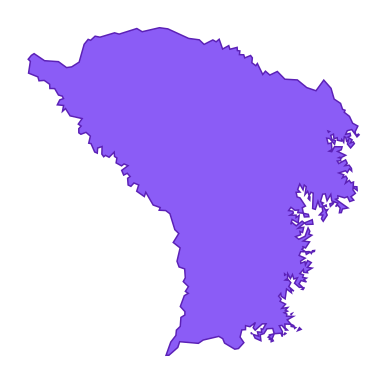 Maracaju, Mato Grosso do Sul, Brazil, rotated 181°
{"feature_id": "56859067B1064226501781", "entity_name": "Maracaju", "entity_type": "district", "adm_level": 2, "iso_a3": "BRA", "parent_name": "Brazil", "parent_adm1": "Mato Grosso do Sul", "projection": "orthographic", "projection_center": [-55.512, -21.462], "detail": "fine", "context": "isolated", "style": "filled", "palette": "violet", "viewbox_px": 384, "rotation_deg": 181, "n_neighbors": 0, "source": "geoboundaries", "source_scale": "gbopen_adm2", "svg_char_len": 5754}
<svg xmlns="http://www.w3.org/2000/svg" viewBox="0 0 384 384"><g transform="rotate(181 192 192)"><path d="M142.8,36.3L137.5,42.3L141.4,47.8L139.8,55.0L136.1,55.3L136.1,59.3L131.7,58.3L126.3,62.7L128.5,57.4L126.4,54.9L119.4,61.4L115.7,61.5L118.9,55.9L120.4,56.4L119.9,53.0L124.1,53.3L123.0,49.1L128.2,50.6L126.3,46.9L120.5,44.5L121.3,50.4L117.6,51.7L114.6,56.6L108.9,57.0L107.3,51.7L100.7,52.4L99.2,48.9L99.2,54.1L102.4,59.8L99.9,60.2L96.5,56.5L96.8,61.6L90.7,61.5L94.6,65.8L88.5,69.4L95.3,69.5L95.0,71.6L97.8,72.9L94.4,74.5L96.6,75.5L94.2,78.2L100.2,77.2L96.5,81.5L102.1,84.2L101.0,86.5L103.6,89.4L101.5,92.1L101.0,89.3L97.0,86.8L95.8,96.7L90.8,93.0L91.5,96.0L88.4,94.7L93.6,99.1L91.6,103.1L95.0,106.9L94.9,112.0L92.1,107.2L90.1,111.2L88.7,106.8L85.1,108.0L87.9,102.6L83.0,98.5L79.8,98.7L83.4,102.0L81.4,105.4L76.0,104.0L78.5,106.3L76.1,107.9L79.9,108.5L79.1,111.1L82.8,112.3L79.3,116.4L78.8,113.6L75.0,113.3L75.6,114.9L70.6,118.0L75.3,118.7L71.5,123.5L75.2,125.4L77.3,121.1L77.8,124.4L82.0,122.6L82.2,124.8L77.7,127.8L83.8,130.4L82.3,134.2L77.4,134.2L81.1,136.7L79.4,138.1L80.7,139.6L77.5,138.0L73.6,144.2L80.0,144.9L71.4,150.9L74.5,152.0L73.5,154.8L75.3,158.1L78.2,149.7L84.4,146.6L87.7,149.2L82.6,151.1L83.4,154.4L80.8,153.4L79.7,158.7L85.2,157.6L79.1,163.0L81.4,164.8L87.2,160.0L91.6,163.4L92.7,161.3L91.4,166.3L85.3,162.9L84.5,170.4L87.5,168.3L87.5,170.7L93.5,170.5L90.3,172.7L90.8,174.6L95.1,175.1L92.8,178.4L88.7,175.5L85.2,175.9L85.9,173.2L80.3,172.7L81.5,178.2L78.3,179.9L83.9,188.0L86.8,188.9L87.9,193.5L84.0,193.8L86.4,196.3L84.4,201.9L81.0,196.1L79.9,200.9L77.9,199.3L79.0,191.4L76.4,194.7L74.8,190.4L73.1,193.8L70.8,193.0L71.1,177.6L68.4,176.8L65.9,184.9L64.0,179.4L61.6,179.2L60.9,175.0L64.2,171.3L60.8,171.2L62.1,167.5L60.3,165.0L56.4,171.3L57.7,174.2L56.0,176.8L58.1,176.2L61.9,182.5L60.6,183.3L63.4,184.6L61.3,192.1L58.7,192.5L56.8,185.6L53.2,192.0L52.1,185.5L46.0,183.4L48.2,180.0L46.0,181.3L43.6,178.6L44.3,173.8L42.3,174.0L41.3,177.6L35.8,178.8L48.3,187.3L45.9,188.1L46.1,190.7L39.4,188.8L36.5,190.0L34.1,185.2L30.1,186.7L33.0,190.0L28.6,193.5L31.1,197.0L30.7,204.8L33.2,203.9L35.0,206.4L38.7,203.5L37.0,208.3L38.5,210.5L41.9,208.8L40.5,211.8L45.5,213.6L38.9,215.9L37.1,214.2L35.0,217.9L32.7,215.8L33.0,218.4L35.4,221.6L39.5,221.0L37.3,223.5L39.0,226.8L45.8,223.0L47.3,225.5L43.9,225.9L44.0,228.7L39.0,231.4L47.2,235.1L43.5,236.8L42.7,239.8L50.3,239.8L53.0,234.7L55.6,235.2L52.8,236.9L53.6,243.5L56.7,242.7L58.3,248.2L55.3,247.8L50.3,242.2L49.5,246.0L52.8,246.6L54.3,251.0L51.6,252.3L51.0,247.8L47.8,248.8L47.5,246.3L43.6,245.5L43.2,247.2L41.2,244.3L40.7,249.9L39.3,249.4L38.3,245.4L36.5,246.8L37.4,242.6L34.2,238.8L30.5,243.2L31.5,244.9L34.5,243.8L32.8,246.9L37.1,249.6L34.4,251.0L35.0,253.5L39.4,252.3L37.8,256.0L33.4,257.2L29.0,251.5L30.0,255.0L27.3,260.8L32.6,263.6L35.9,270.4L41.2,274.4L40.4,276.4L42.9,277.3L45.0,283.2L51.5,287.4L54.8,298.1L62.2,306.2L69.8,295.4L79.1,298.4L88.6,305.9L101.1,306.4L108.8,314.0L116.2,310.3L120.7,314.1L123.3,310.7L128.9,321.6L130.4,319.4L134.4,322.3L134.0,327.2L135.8,329.5L141.6,327.0L142.7,330.1L147.0,330.2L146.6,333.9L149.1,334.2L149.4,337.4L156.6,335.4L157.8,339.0L163.9,335.5L167.5,345.2L170.5,342.6L173.8,344.4L182.5,339.8L187.4,344.3L198.0,345.5L219.0,354.7L227.4,355.7L244.6,351.4L250.0,354.5L267.6,348.6L272.2,349.8L286.7,345.2L291.6,346.1L296.0,341.9L298.5,342.8L302.4,337.8L307.1,319.9L314.5,315.0L319.6,314.2L327.8,320.0L341.7,320.7L352.3,327.6L355.0,325.8L358.1,321.9L355.9,319.8L357.5,308.0L348.1,304.4L346.9,300.5L341.7,301.0L336.2,297.2L335.9,293.0L331.1,293.0L327.2,286.6L323.4,285.6L322.1,283.2L325.8,281.8L328.2,276.8L321.9,276.3L322.9,270.4L319.9,273.2L315.2,266.0L303.1,263.5L306.9,257.9L304.0,256.0L306.3,253.4L306.2,249.2L304.1,247.8L299.0,249.8L294.6,246.1L296.1,239.0L293.8,238.6L290.0,230.3L287.4,229.2L287.1,234.3L282.7,235.9L282.8,228.3L280.9,225.7L279.1,227.1L275.5,225.3L270.5,230.5L270.1,226.2L267.7,224.7L268.4,219.8L262.9,216.9L260.4,218.9L256.4,217.2L262.7,212.4L260.6,207.7L257.1,209.6L254.1,206.4L256.6,204.6L256.0,197.9L253.2,196.6L250.2,200.0L245.4,198.1L247.3,191.8L239.6,186.6L238.2,190.9L230.6,178.3L223.5,175.9L224.5,173.2L218.0,173.0L213.7,169.9L208.5,154.0L204.5,150.3L209.9,141.2L202.9,135.9L205.8,122.5L203.6,116.8L198.0,115.0L197.2,106.1L199.2,102.3L193.9,97.3L196.9,92.5L194.0,90.6L197.9,88.2L201.7,77.3L197.0,72.3L197.0,68.9L200.9,66.4L201.4,57.4L205.2,53.6L205.6,48.3L210.6,41.6L215.1,28.3L212.2,28.4L203.5,36.3L201.7,42.1L183.0,40.8L178.2,44.2L162.7,48.1L158.7,45.9L156.8,41.5L146.5,35.6L142.8,36.3ZM56.6,254.1L57.1,255.3L55.6,254.8L56.6,254.1ZM96.3,106.4L95.7,105.5L97.3,105.6L96.3,106.4ZM98.0,111.8L96.9,110.9L97.9,110.4L98.0,111.8ZM44.0,228.7L45.7,228.9L44.7,229.4L44.0,228.7ZM107.3,51.7L112.8,50.3L111.2,50.0L113.3,48.2L110.9,47.1L112.7,45.9L110.3,46.2L110.2,43.7L108.1,44.6L109.3,46.7L107.3,51.7ZM79.1,163.0L77.3,161.5L70.5,161.9L71.3,166.4L79.1,163.0ZM80.3,172.7L79.2,169.0L74.7,169.3L75.3,171.7L80.3,172.7ZM30.4,200.3L29.9,198.5L26.9,196.5L27.2,200.1L30.4,200.3ZM77.4,134.2L76.6,131.6L72.6,134.0L73.9,134.5L77.4,134.2ZM49.9,184.3L54.0,182.5L53.4,180.0L50.5,182.8L49.9,184.3ZM90.7,61.5L90.5,59.3L87.4,58.8L87.9,60.2L90.7,61.5ZM29.0,251.5L28.0,250.0L25.9,252.1L26.6,252.8L29.0,251.5ZM82.2,58.2L83.9,55.2L80.5,56.6L82.2,58.2ZM74.8,190.4L75.8,187.6L74.1,185.9L74.0,189.1L74.8,190.4ZM77.9,98.6L80.5,96.7L79.3,96.4L77.9,98.6ZM96.6,52.7L97.9,50.6L95.7,52.1L96.6,52.7ZM70.9,134.0L68.6,134.7L68.4,135.7L70.5,135.4L70.9,134.0ZM95.6,57.0L96.1,55.6L94.2,55.7L95.6,57.0ZM72.6,134.0L71.6,132.6L70.9,134.0L72.6,134.0ZM59.1,180.5L57.4,180.0L57.7,181.3L59.1,180.5ZM130.2,51.5L129.3,51.2L130.6,52.6L130.2,51.5ZM87.4,58.8L87.0,57.4L85.9,58.2L87.4,58.8ZM91.0,70.7L89.9,72.3L90.8,71.9L91.0,70.7Z" fill="#8b5cf6" stroke="#5b21b6" stroke-width="1.5"/></g></svg>